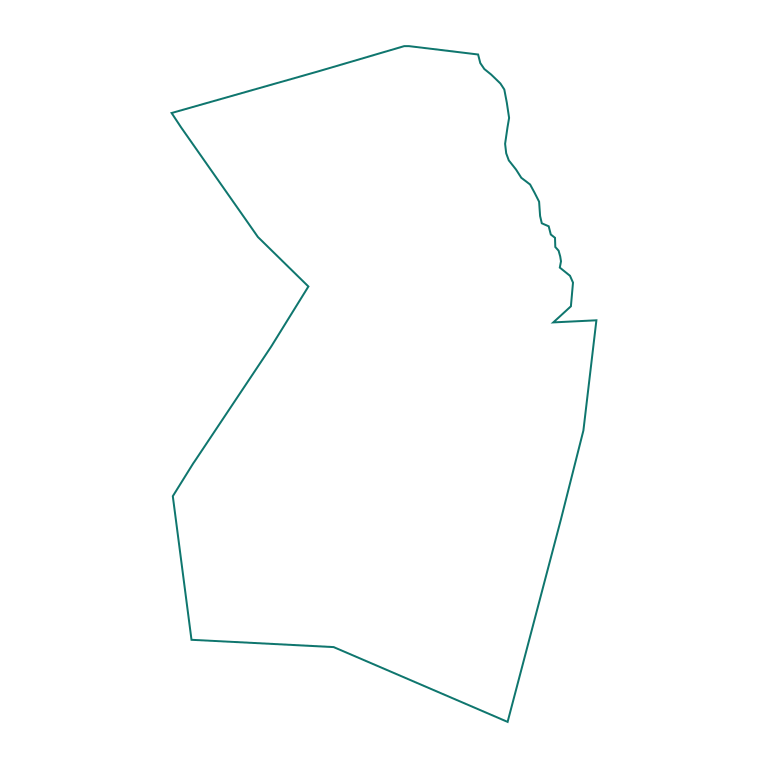 outline of Bayanxongor, Bayanhongor, Mongolia
{"feature_id": "93677404B23536914155847", "entity_name": "Bayanxongor", "entity_type": "district", "adm_level": 2, "iso_a3": "MNG", "parent_name": "Mongolia", "parent_adm1": "Bayanhongor", "projection": "robinson", "projection_center": [100.717, 46.188], "detail": "fine", "context": "isolated", "style": "outline", "palette": "teal", "viewbox_px": 768, "rotation_deg": 0, "n_neighbors": 0, "source": "geoboundaries", "source_scale": "gbopen_adm2", "svg_char_len": 765}
<svg xmlns="http://www.w3.org/2000/svg" viewBox="0 0 768 768"><path d="M191.5,639.8L333.8,647.1L334.1,647.3L507.6,721.9L560.9,519.5L583.4,430.5L596.4,320.3L553.3,322.4L570.9,306.3L571.9,295.1L573.0,282.6L570.0,275.8L559.8,267.6L561.0,261.3L560.2,256.4L558.6,250.7L555.3,247.0L555.0,237.8L550.8,234.5L548.7,226.3L541.8,223.3L540.1,216.0L539.1,201.7L534.6,192.8L530.1,184.5L521.3,177.8L516.0,169.5L508.8,160.4L506.2,153.3L505.1,143.8L507.5,127.3L509.1,117.9L506.8,102.6L504.3,89.5L500.4,83.5L491.1,74.5L484.3,69.0L480.3,63.1L478.1,54.5L464.1,52.8L408.7,46.1L404.3,46.1L317.8,71.5L171.6,113.0L181.1,127.4L247.7,222.4L257.9,237.0L308.4,286.5L271.1,346.7L194.6,461.4L193.2,463.4L172.8,496.2L175.9,519.9L191.5,639.8Z" fill="none" stroke="#0f766e" stroke-width="2"/></svg>